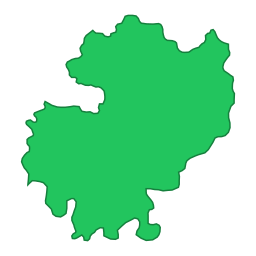 Slonim, Grodno, Belarus (Albers equal-area conic projection)
{"feature_id": "67162791B56929358145249", "entity_name": "Slonim", "entity_type": "district", "adm_level": 2, "iso_a3": "BLR", "parent_name": "Belarus", "parent_adm1": "Grodno", "projection": "albers", "projection_center": [25.224, 53.068], "detail": "fine", "context": "isolated", "style": "filled", "palette": "green", "viewbox_px": 256, "rotation_deg": 0, "n_neighbors": 0, "source": "geoboundaries", "source_scale": "gbopen_adm2", "svg_char_len": 3707}
<svg xmlns="http://www.w3.org/2000/svg" viewBox="0 0 256 256"><path d="M92.8,30.4L88.7,33.6L86.2,35.5L84.4,38.3L84.1,41.2L83.6,43.7L81.7,45.3L80.1,48.2L80.6,50.9L82.3,54.7L80.9,56.6L78.5,58.2L75.3,58.5L71.7,59.6L69.6,60.9L67.4,62.0L66.1,64.5L66.7,67.0L68.3,69.4L69.4,72.0L69.4,75.0L71.6,77.4L75.4,77.4L76.9,78.7L76.2,82.0L78.8,83.8L81.0,83.4L85.3,85.2L88.6,85.4L91.0,84.9L93.1,85.9L95.9,87.0L98.4,86.7L101.0,87.8L103.0,89.7L104.2,91.2L104.6,93.8L104.9,96.3L104.9,98.5L104.7,100.0L103.0,103.9L99.5,103.9L98.5,107.6L99.5,110.6L97.8,113.3L93.6,113.6L90.1,111.8L86.3,112.1L81.9,111.3L80.4,109.1L79.1,106.6L73.7,106.1L69.7,106.8L65.0,107.3L61.0,107.3L57.2,107.0L51.8,105.3L49.3,103.8L45.1,101.5L44.1,104.2L45.0,106.0L45.2,107.5L44.4,109.0L42.3,109.9L40.6,110.5L39.1,111.1L37.5,111.7L34.6,112.9L33.9,114.3L34.5,115.8L35.9,117.0L36.8,118.9L36.6,121.1L36.0,122.0L34.6,122.3L33.1,122.0L31.9,121.1L30.4,120.0L28.7,120.3L26.5,121.2L26.0,122.9L26.6,124.4L29.2,126.7L30.7,128.2L31.8,129.3L32.7,132.0L33.5,134.0L33.2,135.6L31.4,136.6L28.8,137.9L27.1,139.5L27.1,143.5L28.0,144.9L29.4,146.3L29.6,148.2L29.3,151.5L27.0,152.6L24.5,155.2L22.3,158.5L21.6,161.8L22.8,164.8L24.3,167.9L26.4,170.3L28.8,174.0L28.4,179.7L27.9,184.5L27.9,184.8L28.9,183.7L32.2,180.7L35.1,180.8L40.0,181.6L43.5,182.7L47.2,186.7L46.9,191.0L46.4,195.3L46.1,197.2L45.5,200.7L45.8,203.4L48.8,206.4L51.4,209.1L52.0,211.2L53.0,214.2L56.0,216.3L60.6,216.9L63.5,215.3L66.0,213.4L66.8,208.3L66.8,204.8L66.8,200.8L71.4,198.6L73.8,198.6L76.2,201.8L75.7,207.0L74.3,210.7L73.0,214.8L71.9,217.2L71.9,220.4L74.0,225.3L74.3,226.9L75.9,231.2L75.6,232.5L73.2,233.9L71.8,236.0L72.4,238.5L74.8,238.7L76.2,238.2L76.9,237.9L79.6,236.3L81.8,235.0L83.7,237.1L84.2,240.1L87.7,240.6L89.6,238.8L90.2,236.1L92.0,233.9L94.5,232.3L96.1,229.9L100.1,227.7L103.4,228.0L103.9,232.6L103.9,235.8L110.6,239.0L115.5,239.3L118.2,238.0L118.2,234.5L117.4,230.2L121.7,226.1L125.7,222.6L131.1,219.9L134.6,218.0L137.8,218.8L139.7,221.8L139.7,225.0L139.2,227.7L137.0,231.0L136.2,234.7L141.1,238.2L146.2,240.4L152.7,239.8L157.2,237.1L158.9,234.7L159.9,231.7L160.2,227.4L159.1,225.3L156.4,223.9L153.2,224.7L150.2,224.5L148.1,223.4L148.1,220.2L148.1,216.1L148.0,212.9L149.4,209.7L151.8,209.4L153.7,208.0L153.4,205.1L152.6,202.4L150.7,199.7L148.0,196.5L146.4,194.1L146.1,191.7L146.1,188.7L150.2,188.7L154.7,189.5L158.5,189.7L163.1,190.8L167.9,190.3L172.2,190.0L178.4,187.3L179.2,184.3L179.2,180.3L179.3,178.2L179.4,176.5L178.6,172.2L182.1,170.6L184.8,168.5L185.3,166.0L185.8,163.1L186.9,160.7L190.1,158.2L195.5,155.8L198.4,154.7L204.9,152.8L208.3,149.6L210.5,146.1L212.9,142.3L215.0,138.0L217.9,136.7L221.7,136.6L225.2,135.5L228.4,132.3L230.0,127.7L229.9,122.9L228.6,117.8L228.5,113.0L230.9,106.3L234.1,103.1L234.1,99.9L234.4,93.5L233.1,91.3L232.3,88.6L232.4,85.0L232.6,82.9L233.4,80.3L232.9,76.9L230.3,75.2L228.4,73.7L224.1,70.8L222.9,68.1L222.9,66.5L223.8,62.9L226.1,59.5L227.5,57.6L229.5,55.2L229.7,52.6L228.5,49.4L228.4,44.2L224.1,42.9L221.4,41.6L219.3,40.0L217.4,37.8L216.3,35.3L214.8,31.6L213.1,29.6L211.0,30.2L209.7,33.1L207.7,33.4L205.5,35.5L205.8,39.5L204.4,42.5L202.0,43.8L200.0,45.8L199.0,47.3L195.8,48.2L193.0,49.3L191.4,50.3L190.0,51.4L188.6,52.2L184.3,52.4L182.0,52.2L179.3,50.7L177.4,48.1L176.9,45.4L176.5,43.0L175.0,41.6L172.2,40.7L168.4,40.4L167.4,40.4L165.3,39.1L164.1,37.5L163.3,34.8L162.8,32.1L162.8,29.4L162.0,26.6L160.7,24.5L158.6,23.6L153.1,24.1L146.3,23.9L143.1,23.4L141.4,23.3L139.5,21.4L138.3,18.4L136.1,16.0L132.5,15.4L128.2,15.4L125.2,16.3L123.6,19.8L121.7,23.3L117.6,24.2L115.7,26.6L116.5,29.6L115.8,32.2L113.6,32.8L110.9,33.8L110.6,36.1L108.1,36.9L104.7,36.1L102.5,33.6L99.5,33.3L95.8,33.1L93.8,31.5L92.8,30.4Z" fill="#22c55e" stroke="#15803d" stroke-width="1.5"/></svg>